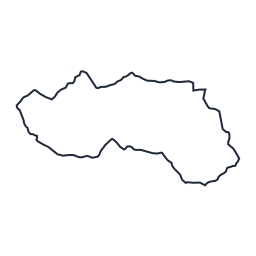 SVG path tracing the border of Singida, rotated 271°
{"feature_id": "TZA-3390", "entity_name": "Singida", "entity_type": "Region", "adm_level": 1, "iso_a3": "TZA", "parent_name": "United Republic of Tanzania", "parent_adm1": "", "projection": "albers", "projection_center": [34.489, -5.65], "detail": "fine", "context": "isolated", "style": "outline", "palette": "slate", "viewbox_px": 256, "rotation_deg": 271, "n_neighbors": 0, "source": "natural_earth", "source_scale": "10m", "svg_char_len": 2153}
<svg xmlns="http://www.w3.org/2000/svg" viewBox="0 0 256 256"><g transform="rotate(271 128 128)"><path d="M183.6,79.9L183.9,82.1L182.9,84.1L182.3,85.6L167.6,95.7L167.3,97.7L168.5,99.7L168.7,102.0L168.7,104.2L169.4,106.7L170.5,109.1L171.5,113.2L172.9,115.2L174.5,116.9L175.2,118.8L176.3,120.6L177.2,121.2L177.8,122.0L178.3,122.3L178.8,122.5L179.1,123.4L179.2,124.6L180.7,127.1L182.7,129.3L183.4,131.0L182.2,132.6L180.3,134.2L180.0,136.6L179.4,138.9L177.9,141.2L175.7,146.2L175.5,153.2L174.2,158.7L174.7,163.9L175.9,166.1L176.4,168.4L176.4,170.6L175.4,172.5L174.8,178.0L175.8,188.3L174.2,192.4L166.6,192.7L167.6,198.3L167.8,204.7L165.4,204.0L162.9,203.7L160.5,203.1L158.2,202.9L157.3,203.8L156.2,204.4L155.0,204.9L153.9,205.7L151.4,207.1L149.2,208.9L148.5,214.8L146.2,219.0L128.6,222.7L125.6,226.3L125.7,228.2L124.5,229.2L121.7,229.6L118.9,229.5L116.2,228.5L113.5,228.5L111.4,230.8L109.6,233.4L104.6,236.7L99.4,239.7L96.7,238.5L94.2,236.7L93.0,236.4L92.0,235.8L91.8,233.3L90.7,230.8L90.5,229.2L89.7,227.8L86.3,226.7L85.1,225.5L84.2,224.1L82.7,221.5L80.7,219.4L78.1,218.5L76.6,216.1L76.2,212.8L75.3,209.7L74.0,207.7L72.1,206.1L74.7,200.8L74.4,194.4L74.8,188.0L74.1,186.7L77.0,183.2L77.9,182.7L82.2,181.0L88.3,174.8L90.7,173.1L92.0,172.5L93.5,172.3L94.2,171.8L96.3,168.4L99.8,165.4L103.9,162.4L103.7,160.4L103.0,158.3L103.2,153.3L106.3,141.5L106.3,136.3L106.5,135.1L106.8,134.0L108.5,132.7L109.7,130.2L109.5,127.5L107.7,126.1L106.4,124.6L109.0,120.5L112.9,117.2L115.2,114.9L116.9,112.3L115.5,110.6L110.2,105.2L108.1,103.9L106.2,102.3L103.5,100.7L100.4,99.6L98.7,97.8L98.1,95.2L97.7,92.7L99.4,88.0L98.9,85.6L97.9,82.7L97.9,79.7L100.0,73.9L99.9,68.7L99.2,63.6L100.5,58.0L107.6,48.8L110.2,43.2L113.3,37.8L114.7,36.6L116.7,37.3L118.6,37.1L119.0,35.2L119.6,34.2L120.1,33.1L120.3,30.5L122.6,28.5L126.2,27.6L127.8,25.9L129.6,24.6L131.7,23.9L133.9,23.5L144.2,19.3L144.9,18.0L146.6,16.7L148.7,16.3L152.5,19.8L156.7,22.8L158.9,27.4L164.0,33.0L164.2,34.8L160.7,39.4L157.5,45.2L155.3,51.3L158.0,54.3L162.1,56.8L165.1,60.2L167.3,65.1L171.3,67.1L171.9,69.5L171.8,72.0L174.2,73.7L177.8,74.3L180.0,78.6L183.6,79.9Z" fill="none" stroke="#1e293b" stroke-width="2"/></g></svg>